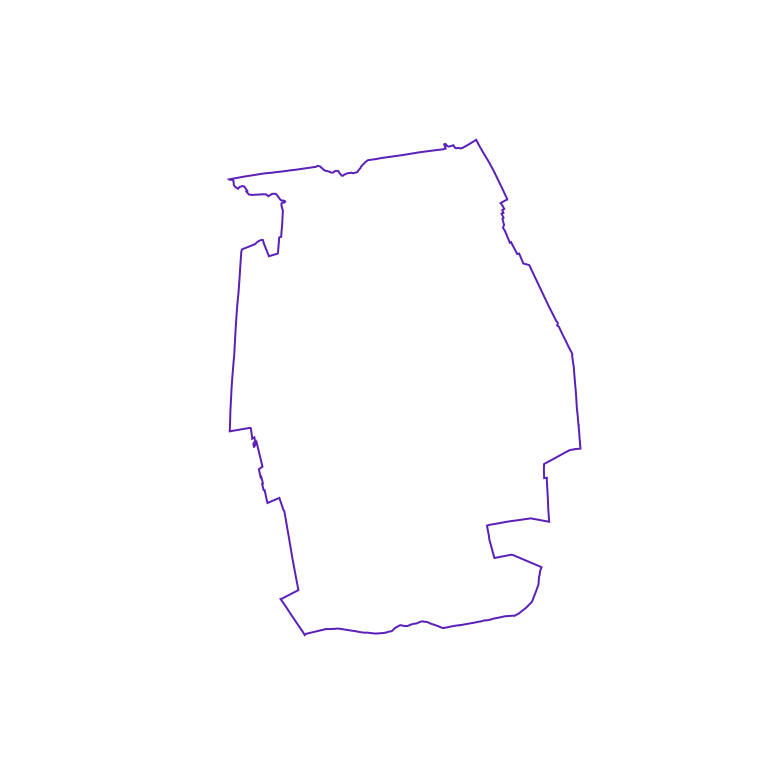 Mozaceni, Arges, Romania (Robinson projection), rotated 118°
{"feature_id": "2599482B69451862897521", "entity_name": "Mozaceni", "entity_type": "district", "adm_level": 2, "iso_a3": "ROU", "parent_name": "Romania", "parent_adm1": "Arges", "projection": "robinson", "projection_center": [25.183, 44.552], "detail": "fine", "context": "isolated", "style": "outline", "palette": "violet", "viewbox_px": 768, "rotation_deg": 118, "n_neighbors": 0, "source": "geoboundaries", "source_scale": "gbopen_adm2", "svg_char_len": 5818}
<svg xmlns="http://www.w3.org/2000/svg" viewBox="0 0 768 768"><g transform="rotate(118 384 384)"><path d="M276.1,616.9L276.2,616.4L275.6,615.3L275.0,614.2L275.2,613.2L275.3,612.3L276.9,611.2L278.6,610.2L279.7,608.4L280.2,604.6L278.2,604.2L275.9,602.2L275.2,600.1L276.5,597.7L277.7,595.3L278.7,595.9L279.4,594.1L280.1,592.3L279.1,589.4L276.0,584.3L273.3,579.9L272.9,579.2L271.9,576.9L272.5,574.3L268.6,572.0L266.9,569.0L267.4,567.2L268.9,564.2L270.2,561.4L269.0,557.9L269.3,556.9L270.6,557.2L271.8,559.0L272.3,559.3L272.9,559.2L274.3,558.5L276.5,556.6L278.3,554.7L291.0,548.8L298.3,545.7L302.3,543.9L303.5,545.1L304.0,545.3L308.2,543.4L310.8,542.3L314.7,540.6L318.2,539.1L318.6,539.1L319.2,539.5L325.2,545.6L322.3,549.0L320.9,550.7L317.5,554.7L315.6,556.8L314.3,557.9L313.8,558.4L313.7,558.8L313.8,559.2L315.8,561.2L318.5,562.7L321.1,563.5L331.4,572.3L332.5,572.5L333.1,572.4L335.3,571.6L341.6,568.8L349.0,565.5L350.1,565.0L351.9,564.1L356.0,562.3L370.4,555.9L371.8,555.3L372.9,554.8L375.5,553.8L377.4,553.0L378.5,552.5L380.8,551.6L387.5,548.7L400.3,543.0L408.6,539.2L423.3,532.4L426.6,530.8L431.6,528.6L433.0,528.1L451.3,520.2L459.1,516.7L480.7,506.6L489.7,502.1L498.2,498.0L485.7,481.8L485.5,481.3L485.5,481.0L485.7,480.7L486.0,480.5L492.0,476.1L492.4,475.9L493.9,474.8L494.1,474.7L492.6,473.7L492.0,473.4L494.9,471.1L497.1,471.2L498.2,471.3L500.5,469.4L500.2,469.1L498.0,469.1L497.1,469.1L495.2,469.2L497.9,466.8L508.6,457.3L513.5,453.0L514.0,452.5L515.6,453.3L516.8,453.9L518.0,454.5L524.2,449.2L524.3,449.1L523.6,448.8L524.0,448.4L524.9,447.7L525.8,446.8L527.1,445.6L528.8,444.2L529.4,444.7L533.5,441.1L534.2,440.5L534.0,439.8L533.8,439.5L535.6,438.0L536.4,437.3L540.5,433.9L542.7,432.0L543.7,431.1L543.8,431.0L540.1,428.1L535.3,424.2L533.7,422.9L533.8,422.8L542.4,413.7L543.2,412.2L563.8,396.2L582.1,382.1L588.0,377.4L605.8,363.1L606.2,362.8L608.5,364.4L615.1,369.0L621.4,373.3L621.7,373.8L622.4,374.4L626.2,366.9L629.7,360.6L633.1,354.3L639.3,342.5L641.4,338.5L642.4,337.0L642.9,336.2L642.5,336.1L642.2,336.1L641.6,335.8L641.2,335.4L640.7,335.1L640.6,334.9L628.9,321.6L628.6,321.4L628.4,321.1L628.2,320.9L628.0,320.6L627.9,320.4L627.2,319.5L626.9,318.9L626.5,318.1L625.7,316.6L625.2,315.7L623.8,313.4L623.3,312.5L623.2,312.2L622.7,311.7L622.4,311.4L621.7,310.0L621.6,309.8L621.5,309.6L621.2,308.8L620.9,308.3L620.8,307.8L620.7,307.7L616.5,295.4L615.8,293.7L615.1,291.3L614.3,288.7L612.8,284.5L611.8,282.9L610.8,280.6L609.8,277.9L608.4,274.5L606.6,271.5L603.8,267.1L602.8,266.0L602.8,265.8L602.6,265.6L600.5,263.6L599.4,262.0L598.1,260.9L596.7,260.4L595.0,260.0L593.8,259.4L590.5,257.3L589.4,256.5L588.9,255.4L588.6,254.0L588.1,252.5L587.4,250.9L586.7,249.7L585.7,248.8L583.1,246.7L581.5,244.8L580.4,243.1L579.0,241.9L578.8,241.8L576.9,240.3L575.5,238.7L575.2,237.4L574.2,235.1L573.7,232.9L573.7,230.8L573.4,228.8L573.1,227.0L572.7,224.5L572.3,221.5L572.1,219.2L571.9,217.7L571.6,217.0L568.9,213.6L566.8,211.2L564.0,207.6L563.0,206.2L561.4,204.0L561.5,203.9L559.7,201.6L556.9,198.1L554.1,194.5L551.4,191.1L549.5,188.9L548.6,187.5L546.6,185.4L545.2,183.8L544.6,182.6L542.8,180.3L540.7,177.9L539.7,177.2L538.5,175.6L536.8,173.5L534.6,170.9L533.6,169.6L533.0,169.1L532.4,168.2L531.2,166.4L528.2,161.6L528.1,161.4L527.5,160.6L527.4,160.3L527.5,160.0L525.9,159.0L523.9,157.5L514.6,153.4L506.6,151.1L495.3,152.5L488.7,153.4L480.9,156.8L479.6,156.9L476.1,158.3L471.8,158.9L474.5,190.2L475.0,191.5L481.5,199.5L485.8,204.8L483.1,207.4L476.8,213.3L471.5,218.3L471.2,218.4L468.3,220.5L460.7,226.6L460.2,226.1L459.1,225.0L458.4,224.2L452.1,216.0L451.4,215.2L448.3,211.3L445.3,207.3L442.9,203.9L441.1,201.4L435.0,193.1L433.8,191.5L433.1,189.2L432.1,186.2L428.1,173.5L424.1,176.0L419.9,178.6L417.4,180.2L409.5,184.8L405.6,187.1L398.9,191.2L397.1,192.3L392.6,195.0L390.4,196.2L391.9,198.4L384.8,202.5L379.5,205.1L371.4,199.7L363.3,194.4L359.3,191.8L355.4,189.1L354.8,188.6L352.4,185.4L352.1,185.2L348.8,180.2L348.1,180.6L346.1,182.0L344.2,183.1L341.2,185.1L339.5,186.2L337.4,187.5L333.0,190.3L329.2,192.8L328.9,192.7L328.6,192.9L328.5,193.3L326.8,194.4L324.1,196.2L322.4,197.2L317.7,200.4L313.7,203.1L312.8,203.6L306.7,207.3L299.2,212.0L296.2,214.0L294.5,215.1L288.9,218.7L282.4,222.9L280.5,224.0L277.4,226.3L274.1,228.8L272.6,229.7L271.6,230.6L268.9,232.0L265.0,237.8L260.1,244.4L257.5,248.2L254.7,252.0L251.4,256.3L251.2,257.5L251.0,258.6L250.4,258.6L248.9,259.0L248.1,259.7L247.4,261.6L237.5,275.7L223.9,294.0L214.3,306.9L210.9,311.4L211.0,312.5L211.6,315.0L212.2,317.5L205.4,325.9L206.7,327.4L203.1,332.6L199.1,338.5L200.2,339.1L192.2,348.9L190.8,351.3L190.2,352.3L187.2,352.7L182.6,356.9L181.1,356.5L178.4,360.2L176.9,358.9L175.0,361.2L174.0,360.6L173.0,360.0L170.9,363.1L170.6,363.7L170.2,364.6L169.6,366.0L168.9,365.6L165.2,363.2L163.3,361.8L163.1,361.9L162.8,362.1L155.2,372.3L152.9,375.5L145.4,385.7L142.2,390.4L140.0,393.6L137.3,398.0L133.0,405.2L128.0,413.1L125.1,417.2L132.1,421.3L138.7,425.5L138.9,425.9L139.6,426.3L139.9,426.9L140.5,428.4L140.9,429.6L141.9,431.0L142.1,432.1L141.5,433.3L140.6,434.8L142.5,436.6L144.0,438.4L144.3,439.7L144.0,440.3L143.6,441.2L143.2,442.2L143.6,443.2L144.2,443.3L147.2,440.1L149.3,442.4L154.2,449.4L162.2,460.7L172.4,474.1L176.2,479.3L182.4,487.8L185.4,492.0L189.3,496.9L193.9,503.2L196.7,504.6L202.7,506.3L204.4,506.2L206.9,506.8L209.4,507.0L211.2,508.9L212.1,509.9L212.6,510.7L212.7,511.9L215.1,515.2L217.8,517.4L219.2,517.9L219.9,519.1L219.3,520.6L218.4,523.0L217.4,524.1L218.1,525.9L218.5,526.6L219.2,527.4L220.4,527.8L221.5,528.6L221.9,529.3L222.1,529.9L222.1,531.9L222.4,532.4L222.7,534.3L223.4,536.7L222.4,540.7L222.4,541.2L221.9,542.6L222.3,544.3L222.5,544.9L223.0,545.4L224.0,545.8L229.2,552.9L235.2,561.1L237.5,564.3L238.6,566.0L243.9,573.3L245.8,576.1L248.1,579.4L249.7,581.7L254.5,588.9L266.8,605.2L276.1,616.9Z" fill="none" stroke="#5b21b6" stroke-width="2"/></g></svg>